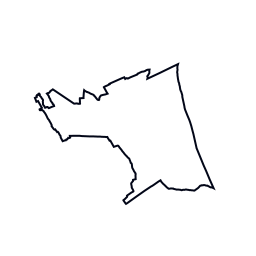 Mosna, Iasi, Romania (orthographic projection), rotated 194°
{"feature_id": "2599482B14546086998292", "entity_name": "Mosna", "entity_type": "district", "adm_level": 2, "iso_a3": "ROU", "parent_name": "Romania", "parent_adm1": "Iasi", "projection": "orthographic", "projection_center": [27.981, 46.915], "detail": "fine", "context": "isolated", "style": "outline", "palette": "ink", "viewbox_px": 256, "rotation_deg": 194, "n_neighbors": 0, "source": "geoboundaries", "source_scale": "gbopen_adm2", "svg_char_len": 5653}
<svg xmlns="http://www.w3.org/2000/svg" viewBox="0 0 256 256"><g transform="rotate(194 128 128)"><path d="M188.2,99.4L185.8,101.0L185.4,101.0L185.0,102.0L184.5,102.0L184.3,102.2L183.8,103.5L183.7,103.4L182.3,104.3L181.8,104.7L181.8,104.9L182.5,106.0L182.6,106.3L173.2,108.7L170.8,109.0L168.9,109.4L164.5,110.3L163.0,110.6L159.9,111.4L155.0,112.4L153.0,112.9L152.3,113.0L151.5,113.1L147.7,113.9L147.1,113.9L145.9,114.3L145.6,113.9L144.9,113.2L144.4,112.7L143.8,112.2L142.8,111.2L142.1,111.5L137.2,106.3L134.0,108.3L133.7,108.4L133.2,108.4L132.2,107.7L131.6,107.0L131.2,106.8L130.3,106.1L129.0,105.2L128.6,104.7L127.3,103.7L126.4,103.1L125.1,102.0L123.0,100.6L122.0,100.1L121.8,99.9L121.6,99.7L121.3,99.4L120.0,98.9L119.7,98.7L119.4,98.5L119.1,98.2L118.8,97.7L118.4,97.1L117.7,96.2L116.9,94.8L116.2,94.6L115.9,94.4L115.7,94.0L115.3,93.2L114.7,91.5L114.4,90.8L114.0,90.1L112.8,88.9L111.7,87.5L111.5,87.3L110.7,86.7L110.4,86.3L109.7,85.8L109.7,85.5L109.3,84.6L109.3,84.0L108.2,80.2L110.2,79.1L110.6,78.9L110.6,78.7L110.3,77.9L110.3,77.7L110.6,77.2L111.1,76.1L111.5,75.2L111.5,74.9L111.3,74.3L110.6,72.9L110.3,72.3L110.1,71.5L109.9,71.0L108.2,69.2L108.0,68.9L107.4,68.1L107.4,67.9L107.7,67.4L109.0,66.3L111.5,63.4L111.9,63.0L112.6,62.1L112.4,61.7L112.2,61.3L112.3,60.8L113.1,59.6L113.4,59.0L113.7,58.5L114.0,58.1L115.0,56.8L114.9,56.6L114.5,56.3L112.2,54.3L111.9,54.1L111.6,53.9L111.5,54.0L110.5,55.0L103.1,63.7L96.8,71.0L91.6,76.7L91.2,77.1L90.6,77.6L89.3,79.0L85.5,83.4L83.8,85.1L82.8,84.0L82.4,83.7L80.5,82.4L78.4,81.3L77.5,80.7L76.8,80.4L76.5,80.1L75.3,79.5L74.9,79.4L74.2,79.0L73.8,78.9L73.1,79.1L72.1,79.6L70.9,79.9L69.9,80.1L69.5,80.2L69.2,80.0L68.7,80.0L67.3,80.0L65.7,80.0L64.6,80.4L63.6,80.5L62.5,80.7L61.9,80.7L61.4,80.6L61.1,80.6L60.7,80.7L59.6,81.4L58.6,81.6L58.1,81.7L57.3,82.2L56.8,82.4L55.8,82.4L54.3,82.6L53.1,82.6L52.2,82.9L51.4,82.9L49.8,83.2L48.9,83.2L48.5,83.3L48.3,83.4L48.1,83.6L47.8,84.1L47.4,84.5L46.7,85.3L45.5,86.7L44.8,87.9L44.2,89.1L44.0,89.4L43.6,89.7L43.1,89.8L42.4,90.4L41.6,90.4L40.8,90.9L40.6,91.0L39.9,91.1L39.4,91.1L38.3,91.0L38.1,91.0L37.1,91.3L36.6,91.2L36.2,91.0L35.8,91.0L34.2,90.5L33.3,90.4L32.9,90.5L32.7,90.6L32.2,90.6L30.8,90.4L30.4,90.3L36.2,97.7L41.7,105.1L45.4,109.8L49.5,115.4L56.7,125.2L56.7,125.3L63.2,138.2L64.5,140.5L66.4,144.0L67.1,145.3L69.1,148.6L70.5,150.7L73.5,154.7L77.1,159.7L78.0,161.3L78.6,162.8L82.8,171.3L83.3,173.0L85.1,176.0L85.9,176.9L86.4,177.7L86.8,178.4L87.0,179.0L87.4,179.8L87.6,180.5L88.1,181.5L88.4,181.9L88.9,182.9L89.1,183.5L89.3,183.9L90.2,185.1L90.8,186.5L91.1,187.1L91.7,188.5L92.1,189.6L92.6,190.7L92.8,191.4L93.1,192.5L93.4,193.1L93.8,194.0L94.0,196.1L94.0,196.4L94.2,197.0L94.5,197.6L95.0,199.9L95.0,200.6L94.9,201.9L94.9,202.1L99.3,198.5L110.5,189.1L121.1,180.5L121.1,181.1L121.1,181.6L121.1,181.9L121.3,182.1L121.7,182.7L121.8,182.8L121.8,183.0L121.2,184.1L121.2,184.3L121.1,185.0L120.8,185.6L120.6,186.3L120.6,186.5L120.7,187.1L121.0,188.0L121.1,188.4L121.2,188.9L121.2,189.9L121.6,189.8L122.0,189.6L122.8,189.4L124.0,188.7L124.6,188.1L125.0,187.6L126.0,186.9L126.7,186.5L128.0,186.0L128.5,185.7L130.5,184.1L131.1,183.4L131.4,183.2L131.6,183.2L131.8,183.1L131.9,182.9L131.9,182.3L132.0,182.1L137.9,177.8L140.0,176.0L140.6,175.9L141.0,176.1L141.4,176.0L141.7,175.9L142.6,174.9L143.9,176.3L146.4,174.5L155.5,167.4L156.7,166.4L156.4,166.0L157.1,165.4L158.6,164.1L159.8,163.2L161.1,162.1L161.3,161.8L160.3,160.7L159.7,160.1L157.1,157.3L156.2,156.5L156.1,156.4L157.0,155.8L157.9,155.2L160.0,154.2L162.0,153.1L162.2,152.9L162.8,151.4L163.0,150.4L163.1,150.1L163.0,149.7L162.9,149.2L162.8,148.5L163.0,148.1L164.0,148.0L164.6,148.2L166.6,149.7L167.5,150.5L168.1,150.7L168.3,150.8L168.5,151.2L168.6,151.3L169.8,151.9L172.7,152.3L173.4,152.5L174.2,152.8L175.9,153.0L176.2,153.1L176.6,153.0L177.7,153.3L179.2,153.8L179.7,154.1L179.7,153.7L179.5,152.9L179.5,152.2L179.1,149.7L178.8,148.1L178.7,147.4L178.4,146.3L181.9,145.2L181.8,144.5L180.9,141.6L180.9,141.1L180.7,140.7L180.5,140.4L180.5,139.9L180.8,139.8L182.3,139.4L182.6,139.5L183.6,139.5L185.2,138.9L186.1,138.6L186.3,138.6L210.3,147.3L210.8,146.7L211.6,145.6L212.1,145.4L212.4,144.7L212.7,143.6L212.9,143.4L213.2,143.0L213.3,142.9L213.9,142.7L214.1,142.6L214.4,142.3L215.0,141.8L214.1,141.1L212.8,140.0L212.7,139.9L211.9,138.6L211.1,137.8L210.4,137.1L209.9,136.1L209.6,135.7L208.3,134.6L207.7,134.2L207.4,134.0L207.3,133.6L207.0,133.3L206.7,133.0L206.1,132.9L205.9,132.7L205.3,132.0L205.0,131.4L206.3,130.6L207.4,129.8L209.6,128.1L210.0,128.2L210.8,128.8L211.2,128.9L211.6,128.8L212.0,128.6L212.9,127.8L213.4,127.6L213.8,128.1L214.1,128.5L214.6,129.0L215.4,129.5L215.9,130.0L216.3,130.6L216.4,131.0L216.6,131.9L217.1,133.1L217.1,133.3L217.1,133.6L217.1,133.9L217.2,134.5L217.4,134.8L217.7,135.1L218.0,135.4L218.6,135.7L218.8,135.8L219.2,136.4L219.7,136.9L221.8,138.3L221.7,139.2L221.9,139.4L222.3,139.8L222.5,139.9L223.1,139.6L223.2,139.4L223.3,139.1L223.2,138.4L223.3,138.3L223.6,138.1L224.3,137.9L224.4,137.4L224.2,137.0L224.2,136.9L224.4,136.8L224.2,136.4L224.0,136.0L224.0,135.8L224.8,135.4L225.6,134.7L224.5,133.2L223.2,131.3L221.8,132.4L218.9,129.3L216.4,126.7L217.3,125.7L218.2,124.8L218.3,124.7L218.2,124.5L218.1,124.3L217.8,124.0L217.2,124.1L216.7,124.2L216.2,124.5L215.6,124.7L214.5,124.1L214.1,124.0L213.9,123.9L213.4,123.3L212.1,122.3L211.0,121.2L209.6,119.6L208.5,118.2L207.7,117.4L206.4,116.5L206.2,116.3L206.1,116.0L204.2,114.1L202.7,112.3L202.6,111.3L199.9,109.1L199.5,108.8L198.6,108.6L198.2,109.0L196.4,107.4L195.8,107.2L195.7,107.0L195.2,107.3L194.5,106.9L193.4,105.7L192.9,105.0L191.9,104.3L191.5,103.9L191.3,103.3L191.0,102.5L189.3,100.6L188.2,99.4Z" fill="none" stroke="#020617" stroke-width="2"/></g></svg>